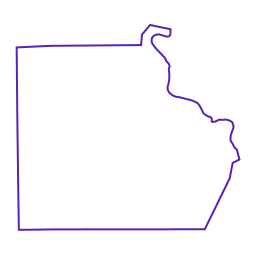 outline of Jackson, Illinois, United States of America, rotated 179°
{"feature_id": "52423323B46425016798066", "entity_name": "Jackson", "entity_type": "district", "adm_level": 2, "iso_a3": "USA", "parent_name": "United States of America", "parent_adm1": "Illinois", "projection": "natural_earth1", "projection_center": [-89.531, 37.759], "detail": "fine", "context": "isolated", "style": "outline", "palette": "violet", "viewbox_px": 256, "rotation_deg": 179, "n_neighbors": 0, "source": "geoboundaries", "source_scale": "gbopen_adm2", "svg_char_len": 1087}
<svg xmlns="http://www.w3.org/2000/svg" viewBox="0 0 256 256"><g transform="rotate(179 128 128)"><path d="M238.8,74.1L238.9,28.1L227.7,28.0L202.5,27.9L53.0,25.4L27.2,75.9L23.9,91.3L17.1,94.6L19.7,104.8L21.7,106.4L24.1,111.2L25.2,112.6L25.6,113.6L25.7,116.3L25.3,119.1L24.0,122.8L23.0,125.1L22.4,127.5L23.2,130.6L23.4,131.4L24.3,132.5L26.4,133.7L30.1,134.8L31.9,134.5L36.9,134.7L39.1,133.5L40.8,132.9L43.6,132.6L44.0,132.9L44.2,133.4L44.1,135.5L44.3,136.5L45.7,137.7L47.2,137.9L49.9,139.5L52.3,141.4L54.5,146.2L56.2,149.4L57.9,151.6L62.0,153.8L64.8,154.8L76.6,158.0L79.6,158.4L82.0,159.4L83.6,160.4L85.8,162.3L86.8,163.8L87.7,166.1L87.7,168.5L86.9,170.8L86.0,175.3L85.7,181.5L86.1,184.2L86.1,187.0L85.6,187.9L85.3,189.2L86.2,191.7L88.4,194.1L90.0,197.6L98.7,207.0L101.8,211.3L102.6,213.0L102.9,214.4L102.8,215.8L102.2,218.1L100.7,219.6L98.6,220.7L95.3,221.1L88.8,219.0L86.9,218.6L85.8,218.8L84.5,219.7L84.1,220.5L83.9,221.7L83.8,225.2L83.7,226.0L104.2,230.6L112.4,221.1L113.5,210.7L204.8,211.5L237.9,210.5L238.5,139.1L238.8,74.1Z" fill="none" stroke="#5b21b6" stroke-width="2"/></g></svg>